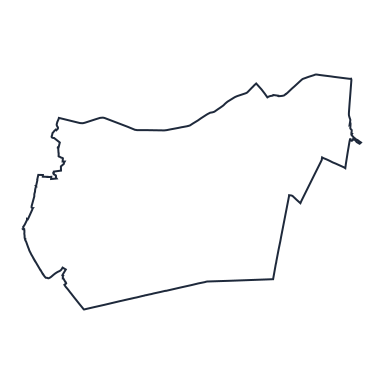 outline of Kaag en Braassem, Zuid-Holland, Netherlands
{"feature_id": "6326949B3369554265068", "entity_name": "Kaag en Braassem", "entity_type": "district", "adm_level": 2, "iso_a3": "NLD", "parent_name": "Netherlands", "parent_adm1": "Zuid-Holland", "projection": "albers", "projection_center": [4.616, 52.193], "detail": "fine", "context": "isolated", "style": "outline", "palette": "slate", "viewbox_px": 384, "rotation_deg": 0, "n_neighbors": 0, "source": "geoboundaries", "source_scale": "gbopen_adm2", "svg_char_len": 5496}
<svg xmlns="http://www.w3.org/2000/svg" viewBox="0 0 384 384"><path d="M256.2,83.5L255.0,84.6L253.6,85.9L253.3,86.4L252.8,86.8L252.3,87.3L251.9,87.7L248.4,91.3L247.4,92.3L246.9,92.7L246.1,93.1L245.3,93.4L237.2,96.1L236.3,96.5L235.3,96.9L233.9,97.7L227.6,101.6L226.6,102.4L225.2,103.6L223.5,105.3L222.6,106.0L220.2,107.7L217.8,109.3L214.4,111.7L212.6,112.3L210.9,112.6L210.2,112.7L208.5,113.6L207.5,114.1L205.9,115.1L201.1,118.2L200.1,118.9L198.0,120.4L192.9,123.5L190.3,125.2L189.8,125.5L189.0,125.7L188.6,125.9L187.8,126.0L187.3,126.2L183.5,126.9L182.4,127.1L181.7,127.2L177.9,128.0L170.3,129.4L166.8,130.1L165.1,130.3L164.2,130.4L144.1,130.1L137.1,130.1L136.8,130.1L136.0,129.9L135.2,129.9L127.7,126.8L104.6,118.0L103.8,117.8L103.2,117.7L102.6,117.7L102.0,117.7L100.8,117.8L100.0,117.9L95.8,119.2L85.9,122.4L85.3,122.6L83.4,123.1L82.7,123.2L82.1,123.2L80.5,123.1L79.7,123.0L58.9,117.9L58.8,118.3L58.5,119.3L58.1,120.2L57.6,121.3L57.4,121.7L57.2,122.4L56.7,124.3L56.7,124.5L56.7,125.1L56.8,125.3L57.1,126.1L57.4,126.7L57.9,127.3L57.9,127.5L58.0,127.9L57.9,128.5L57.7,128.9L57.6,129.0L57.3,129.4L56.7,129.8L56.4,130.2L55.8,129.6L55.4,130.0L54.5,130.7L53.4,132.1L53.1,132.5L52.6,132.9L52.4,133.6L52.1,135.1L51.8,135.9L51.6,136.4L51.6,136.6L51.7,137.1L51.8,137.2L52.0,137.5L52.3,137.6L52.7,137.8L53.4,138.0L54.1,138.0L59.8,142.5L58.7,147.0L58.5,146.9L58.1,147.0L57.9,147.2L57.8,147.4L57.8,147.5L58.0,147.5L58.2,147.4L58.3,147.5L58.2,147.7L58.5,152.9L58.7,153.1L58.6,156.3L59.0,156.6L59.6,156.7L59.9,156.9L60.9,157.5L62.0,157.8L62.9,158.3L62.6,161.5L64.7,161.5L64.0,162.7L63.8,163.9L63.1,164.5L60.9,166.4L61.0,170.6L53.8,171.6L53.8,172.8L53.3,172.9L53.2,173.0L53.5,173.6L53.8,173.7L53.8,174.3L55.8,175.4L56.0,176.0L56.0,176.3L55.9,176.6L55.9,176.8L56.0,177.4L56.3,178.1L56.6,178.5L53.4,178.8L52.8,178.9L52.7,178.9L52.4,178.9L51.1,179.0L51.3,176.8L49.5,177.0L47.5,177.0L47.5,176.8L46.7,176.8L42.8,176.7L42.9,175.0L38.3,174.9L37.2,179.7L37.4,180.0L36.1,186.0L35.9,186.0L36.1,186.4L35.9,186.4L35.9,186.7L35.2,189.3L35.1,190.3L35.1,190.5L35.0,191.4L35.0,191.8L34.8,192.3L34.5,193.4L34.3,194.4L34.3,195.9L34.3,196.3L31.6,206.2L31.6,207.1L31.6,207.5L32.3,208.0L32.6,208.1L32.9,208.1L32.6,208.5L32.2,209.8L31.5,211.3L28.7,217.5L28.1,218.8L27.8,219.3L27.0,218.9L27.0,219.2L27.0,219.4L27.2,219.7L26.6,220.8L24.8,224.5L23.5,226.5L23.2,226.8L23.2,227.0L23.3,227.1L23.3,229.1L23.0,229.2L23.1,229.3L24.2,229.2L24.3,230.1L24.4,230.4L24.4,230.7L24.4,231.0L24.4,232.6L24.3,233.6L24.6,235.9L24.6,236.3L24.6,236.9L24.6,237.4L24.7,237.9L24.7,238.0L25.1,239.5L25.3,239.4L25.3,239.8L25.5,240.3L25.7,241.0L25.8,241.2L26.1,241.6L28.1,247.2L28.8,248.9L29.2,250.2L29.9,251.7L30.4,252.6L31.3,254.5L32.2,256.0L34.0,259.2L33.9,259.2L34.8,260.8L34.9,260.7L40.0,269.4L40.0,269.5L40.2,269.8L40.3,269.7L40.6,270.1L42.8,274.1L43.0,274.0L44.3,276.1L45.6,277.6L45.9,277.8L47.0,277.8L48.2,278.3L48.8,278.2L50.2,277.5L51.3,276.7L53.5,274.8L54.4,274.1L55.3,273.4L57.0,272.3L58.1,271.7L59.7,271.0L60.1,270.7L60.5,270.4L61.1,269.9L61.5,269.4L61.8,268.9L62.6,267.6L65.8,269.5L63.6,273.1L62.4,275.2L63.2,275.7L62.8,276.3L62.8,277.3L62.8,277.6L62.8,277.9L62.8,278.3L63.2,278.2L65.7,282.6L65.8,282.5L66.1,283.1L66.2,283.3L66.0,283.6L64.9,284.4L64.4,284.8L65.5,286.5L66.0,287.2L66.4,287.6L68.0,289.5L70.2,292.4L71.6,294.1L72.4,295.2L72.9,295.8L73.9,297.1L79.4,304.0L80.3,305.1L82.5,307.8L83.7,309.3L83.8,309.4L84.0,309.5L86.9,308.8L90.8,307.9L93.4,307.3L104.1,304.9L120.1,301.1L134.3,297.9L136.8,297.4L142.0,296.1L144.3,295.6L145.1,295.3L146.0,295.2L149.5,294.4L151.2,294.1L153.4,293.5L160.8,291.9L161.6,291.7L163.3,291.3L165.4,290.8L165.6,290.8L165.8,290.9L180.1,287.6L191.4,285.1L198.4,283.4L202.9,282.5L204.9,282.1L206.1,281.7L207.4,281.5L229.5,280.8L273.1,279.2L275.7,264.6L276.3,261.9L276.3,261.5L278.6,249.5L280.3,241.3L281.1,236.9L289.0,196.3L289.1,195.2L291.4,195.5L291.9,195.7L292.5,195.9L292.7,196.1L296.6,199.8L300.4,203.2L301.4,200.9L314.9,173.7L320.9,161.7L321.8,159.8L321.9,158.4L322.0,157.9L322.1,157.4L322.6,157.7L323.6,158.2L325.9,159.1L327.7,159.9L330.0,161.0L332.7,162.4L335.7,163.6L337.9,164.6L343.9,167.3L344.5,167.7L344.7,167.8L345.3,168.2L345.9,163.7L347.6,152.9L349.5,141.6L350.2,138.5L350.3,138.9L350.5,139.0L350.5,139.7L350.7,139.8L350.7,140.4L351.8,140.8L352.5,140.3L352.9,140.0L353.0,139.3L353.2,138.8L355.3,140.2L355.3,140.4L355.9,141.0L356.3,141.5L356.6,142.0L357.6,142.6L359.3,143.6L359.6,143.0L359.7,142.9L359.8,142.9L360.2,142.5L360.5,143.0L361.0,142.5L359.6,141.6L357.9,140.3L357.3,139.9L356.7,139.9L353.4,137.1L353.0,136.6L351.7,135.2L351.8,135.0L351.7,134.9L351.4,134.3L352.1,133.6L351.4,133.1L351.4,132.9L351.7,131.2L351.7,130.6L351.7,130.2L351.6,129.9L350.8,129.1L350.5,128.7L350.4,128.5L350.3,128.2L350.3,127.9L350.5,124.7L350.5,124.2L349.6,124.8L350.2,121.1L350.3,120.1L350.3,119.7L350.2,119.4L349.5,117.4L349.0,115.6L348.9,114.8L348.9,113.3L349.0,111.5L349.6,103.2L350.3,94.3L351.4,79.9L351.3,79.5L351.2,79.1L351.1,78.7L350.4,78.8L349.5,78.8L345.4,78.3L334.3,76.9L330.9,76.4L324.4,75.6L319.7,75.0L317.1,74.6L316.0,74.5L315.0,74.7L313.8,75.2L309.0,76.7L307.0,77.4L305.4,78.0L303.1,78.8L302.3,79.2L301.9,79.6L301.5,79.9L299.4,81.8L297.9,83.2L294.3,86.5L292.0,88.5L287.7,92.6L286.1,94.0L285.9,93.9L285.7,94.0L284.8,94.9L284.4,95.2L284.1,95.4L283.8,95.5L282.6,95.8L281.8,95.9L281.1,96.0L280.0,96.1L278.7,96.2L278.3,96.1L278.3,95.7L273.2,95.0L272.8,95.6L270.0,96.1L269.6,96.3L268.1,96.8L267.8,97.2L267.4,97.4L265.5,94.7L264.8,93.7L261.5,89.4L256.2,83.5Z" fill="none" stroke="#1e293b" stroke-width="2"/></svg>